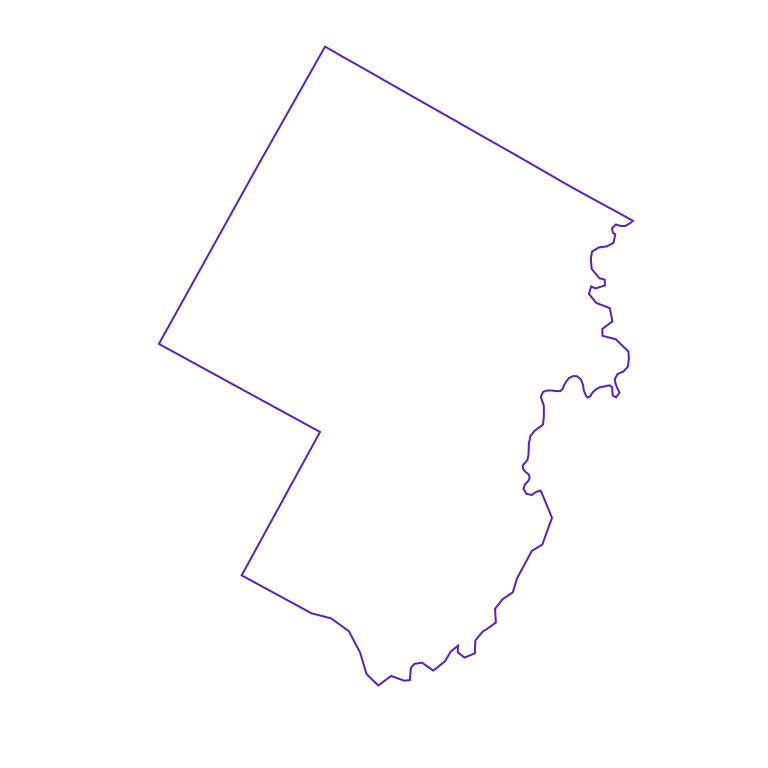 the district of McKenzie, North Dakota, United States of America, rotated 119°
{"feature_id": "52423323B35448642149911", "entity_name": "McKenzie", "entity_type": "district", "adm_level": 2, "iso_a3": "USA", "parent_name": "United States of America", "parent_adm1": "North Dakota", "projection": "albers", "projection_center": [-103.467, 47.736], "detail": "fine", "context": "isolated", "style": "outline", "palette": "violet", "viewbox_px": 768, "rotation_deg": 119, "n_neighbors": 0, "source": "geoboundaries", "source_scale": "gbopen_adm2", "svg_char_len": 2014}
<svg xmlns="http://www.w3.org/2000/svg" viewBox="0 0 768 768"><g transform="rotate(119 384 384)"><path d="M619.7,336.2L614.6,316.5L617.3,294.8L630.4,274.8L646.1,258.7L650.5,242.9L635.9,236.2L633.7,222.6L630.5,217.8L619.4,222.8L614.1,221.8L609.3,215.6L610.8,201.9L596.5,196.1L586.0,196.0L577.0,192.5L582.9,189.4L584.3,181.0L575.5,174.0L564.0,179.8L552.0,177.5L550.2,176.1L538.4,170.5L526.8,177.9L514.9,176.0L503.7,170.3L489.9,173.4L465.9,173.7L458.2,173.8L447.7,167.7L419.6,172.2L402.5,193.6L401.4,195.6L405.2,199.0L409.5,201.0L411.0,206.4L408.1,211.1L403.5,212.0L400.8,211.3L398.6,210.8L396.4,211.0L394.6,211.6L392.9,213.8L392.6,216.0L392.0,218.7L390.7,221.3L388.3,223.0L386.4,223.0L383.8,222.2L380.6,221.8L376.6,223.0L372.5,225.0L369.0,226.8L365.7,228.5L361.7,229.7L358.6,230.7L351.8,229.6L342.4,225.2L334.0,228.9L325.4,233.8L319.3,240.6L313.8,241.0L310.8,238.4L308.5,234.4L306.9,230.5L304.9,226.4L301.7,225.4L297.8,225.9L293.7,225.9L289.3,225.1L285.5,222.6L283.7,219.3L284.4,214.1L288.1,209.7L293.0,205.9L296.4,201.5L297.1,199.4L294.7,197.6L292.7,197.7L289.3,197.2L285.5,195.7L282.3,193.7L279.9,190.9L277.0,187.6L275.7,185.7L276.5,182.5L279.1,181.1L283.2,178.4L283.1,174.5L277.2,173.9L274.6,177.9L271.3,181.8L267.9,184.5L262.0,184.6L257.1,180.7L250.6,179.1L242.7,182.3L237.2,185.9L232.5,202.9L235.9,216.3L230.0,219.8L218.5,214.6L208.2,223.2L210.2,237.7L205.8,248.5L198.2,250.1L197.9,245.4L190.7,238.6L185.7,241.5L187.1,246.9L182.6,258.2L173.7,264.1L167.3,266.2L160.6,262.5L155.4,255.6L149.3,251.7L141.1,254.2L140.7,257.1L137.3,260.1L132.1,258.6L131.1,253.8L129.0,249.7L123.6,246.5L120.6,245.4L120.6,247.2L120.6,258.5L120.6,267.5L120.7,270.2L120.9,301.2L120.9,316.5L120.8,327.4L120.4,345.2L120.4,346.7L120.4,347.8L119.9,377.6L119.3,442.5L119.0,449.2L119.1,454.1L118.7,496.3L118.3,530.4L118.1,541.6L117.9,563.3L117.9,563.5L117.9,575.2L117.6,592.0L117.5,598.1L117.5,599.1L253.8,600.2L458.1,600.3L458.0,588.8L457.0,416.7L569.8,416.0L620.4,415.7L619.7,336.2Z" fill="none" stroke="#5b21b6" stroke-width="2"/></g></svg>